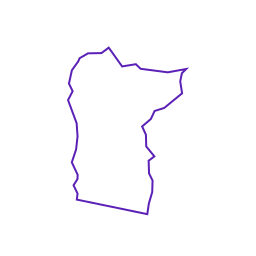 Crockett, Tennessee, United States of America, rotated 61°
{"feature_id": "52423323B19626244489091", "entity_name": "Crockett", "entity_type": "district", "adm_level": 2, "iso_a3": "USA", "parent_name": "United States of America", "parent_adm1": "Tennessee", "projection": "equal_earth", "projection_center": [-89.156, 35.835], "detail": "fine", "context": "isolated", "style": "outline", "palette": "violet", "viewbox_px": 256, "rotation_deg": 61, "n_neighbors": 0, "source": "geoboundaries", "source_scale": "gbopen_adm2", "svg_char_len": 621}
<svg xmlns="http://www.w3.org/2000/svg" viewBox="0 0 256 256"><g transform="rotate(61 128 128)"><path d="M48.4,105.9L49.6,114.9L43.3,126.8L43.5,136.5L45.6,139.2L50.3,149.1L60.5,158.1L69.0,158.6L74.5,166.9L98.9,170.6L110.9,176.2L121.6,183.8L130.8,193.8L144.5,194.7L148.2,197.0L151.7,203.4L160.9,203.9L165.8,207.5L212.7,152.9L204.2,146.4L195.8,137.9L185.9,132.0L177.9,131.6L166.6,125.8L165.6,118.7L153.0,121.0L142.6,115.6L133.5,114.9L131.2,103.6L126.0,96.5L128.0,86.6L123.9,63.9L112.5,59.7L106.2,54.3L104.6,48.5L98.6,66.2L82.3,88.3L76.0,90.2L71.3,103.3L48.4,105.9Z" fill="none" stroke="#5b21b6" stroke-width="2"/></g></svg>